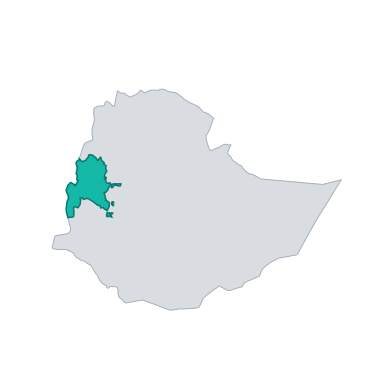 Benshangul-Gumaz highlighted on a map of Ethiopia, rotated 348°
{"feature_id": "ETH-3132", "entity_name": "Benshangul-Gumaz", "entity_type": "Administrative State", "adm_level": 1, "iso_a3": "ETH", "parent_name": "Ethiopia", "parent_adm1": "", "projection": "orthographic", "projection_center": [35.827, 10.412], "detail": "fine", "context": "in_parent", "style": "filled", "palette": "teal", "viewbox_px": 384, "rotation_deg": 348, "n_neighbors": 0, "source": "natural_earth", "source_scale": "10m", "svg_char_len": 8133}
<svg xmlns="http://www.w3.org/2000/svg" viewBox="0 0 384 384"><g transform="rotate(348 192 192)"><path d="M88.8,266.0L88.4,265.6L86.7,264.2L85.0,262.4L84.0,260.3L83.1,258.6L82.6,254.9L81.4,252.6L80.2,249.8L78.4,244.4L77.6,242.5L76.2,241.3L74.7,240.1L73.1,237.7L69.0,235.6L67.5,234.0L64.7,231.1L64.1,229.7L63.9,228.2L63.0,226.9L61.5,225.4L56.8,222.1L55.5,221.7L53.9,221.3L51.4,221.0L48.1,220.2L45.2,218.9L43.9,218.0L43.6,217.4L43.9,216.4L44.9,214.6L46.9,210.4L48.3,207.4L49.3,206.6L51.8,206.4L54.5,206.5L56.5,206.8L59.3,206.8L62.6,206.6L64.0,205.6L65.0,204.6L65.5,203.8L65.6,201.9L65.6,200.4L65.4,194.6L65.3,191.0L65.2,186.9L65.2,186.1L65.3,185.1L66.1,180.7L66.9,178.2L67.4,176.9L69.5,172.8L69.9,171.5L70.0,170.2L69.2,164.7L70.6,162.0L72.4,159.5L73.9,158.4L75.1,157.6L75.7,157.9L77.2,159.1L79.1,160.3L80.0,160.1L81.3,159.0L82.2,157.9L82.1,156.0L83.0,152.0L82.8,149.6L83.8,146.8L84.8,142.7L85.3,140.2L85.9,138.8L88.6,136.0L91.0,132.0L92.5,129.1L95.4,124.3L96.9,122.6L98.1,121.8L99.8,121.3L103.1,120.9L105.5,120.5L105.8,119.9L106.0,118.9L106.0,116.8L106.5,113.1L107.5,109.5L108.7,106.8L109.3,105.6L110.1,104.4L111.0,102.4L112.1,98.0L112.0,95.1L113.6,89.7L113.9,89.7L116.6,88.7L119.2,88.5L121.7,89.2L123.3,89.4L124.1,89.0L124.8,88.1L125.4,86.7L126.4,85.9L127.8,85.7L129.7,87.3L132.8,91.7L133.5,91.9L134.0,91.8L135.5,88.3L136.6,85.6L138.8,80.5L140.0,77.6L141.1,78.5L142.3,79.9L143.6,80.6L145.0,81.0L145.7,81.1L146.6,81.7L149.7,85.2L150.7,86.1L152.1,86.1L158.1,84.9L161.7,82.8L162.2,81.9L163.2,81.9L164.4,82.9L164.9,83.7L165.6,84.9L167.0,85.1L170.5,84.2L172.1,83.7L173.5,84.1L175.4,84.4L176.5,84.4L179.2,85.5L182.5,85.1L184.0,85.1L185.6,85.6L188.2,87.5L191.5,89.7L196.3,91.2L197.3,91.9L199.7,94.4L203.4,99.3L208.2,104.0L213.4,107.7L216.2,110.2L218.1,113.3L219.9,116.2L221.8,117.4L223.6,118.4L225.4,120.5L226.7,122.3L228.5,124.4L226.6,127.3L224.2,131.2L221.3,135.7L220.4,136.8L217.8,139.6L217.4,140.3L216.9,142.3L216.9,145.8L217.4,150.4L217.8,154.5L219.2,155.0L220.9,155.3L222.8,154.7L225.0,154.2L227.8,153.8L230.8,152.9L232.6,152.2L234.6,152.2L236.3,152.9L237.1,153.5L238.3,153.7L239.8,153.7L239.5,154.5L238.7,155.6L237.7,156.8L236.8,158.0L234.8,161.4L234.8,161.8L235.1,162.5L236.2,164.0L237.4,166.4L238.1,168.7L238.6,169.8L240.0,171.0L242.1,173.5L243.2,175.2L245.4,176.1L246.2,178.3L248.0,181.5L249.8,184.0L251.6,186.0L253.5,186.8L254.3,186.8L258.5,190.5L261.6,193.2L262.4,193.7L268.0,195.4L274.5,197.4L279.7,199.0L286.3,201.0L292.8,202.9L298.9,204.8L307.4,207.5L314.3,209.6L319.7,211.2L320.9,211.8L340.4,211.1L335.8,216.0L330.5,221.6L324.9,227.5L321.3,231.3L315.5,237.3L310.7,242.3L305.8,247.7L301.3,252.7L295.5,259.5L291.7,263.8L285.8,270.7L282.0,275.0L281.4,275.3L276.0,275.1L270.7,275.0L263.9,274.7L263.1,274.8L261.2,275.2L260.0,275.6L255.1,276.9L254.2,277.2L250.2,279.1L246.0,281.3L243.9,283.0L242.2,285.4L241.5,287.1L240.7,287.9L239.4,288.5L230.8,290.3L228.2,290.6L224.2,291.9L222.0,294.1L221.4,295.2L218.5,295.2L213.4,295.6L211.2,296.0L210.1,296.1L208.1,296.1L206.5,295.8L205.5,295.2L204.1,293.9L201.1,291.3L199.0,289.7L194.3,291.7L190.0,293.6L184.0,296.4L180.6,298.4L179.5,300.3L176.9,303.9L174.5,306.1L173.6,306.4L168.2,306.0L166.3,305.6L163.0,305.2L158.7,304.5L155.8,303.7L152.7,303.6L148.1,303.4L145.3,302.8L142.5,300.8L138.8,298.5L135.1,296.1L131.2,293.6L126.6,290.8L121.6,287.6L120.5,287.3L120.0,287.3L114.5,287.1L108.9,287.0L105.1,286.9L103.9,286.5L103.0,285.8L101.8,283.5L100.3,281.8L98.7,279.7L98.5,276.9L99.0,273.8L99.4,272.7L99.2,271.7L99.2,270.3L98.3,269.0L92.8,267.5L91.9,267.6L91.0,268.2L89.9,268.6L89.1,268.2L88.7,267.6L88.7,266.7L88.8,266.0Z" fill="#d9dde1" stroke="#a8b0b8" stroke-width="1"/><path d="M80.2,160.7L80.4,160.7L80.7,160.3L80.8,160.0L80.8,159.7L81.2,159.1L82.3,158.3L82.6,157.9L82.8,157.2L82.7,156.9L82.1,156.4L81.9,156.2L81.9,155.9L83.2,152.1L83.3,151.5L83.1,151.1L82.7,150.7L82.5,150.1L82.6,149.7L85.1,144.2L85.2,143.8L85.1,143.4L84.7,142.6L84.6,142.2L84.6,141.3L84.5,140.6L84.5,140.2L84.6,139.7L84.8,139.2L85.1,138.7L85.4,138.3L86.2,137.9L86.6,137.7L87.9,137.2L88.5,136.5L88.5,136.3L88.6,135.9L89.1,136.4L89.8,138.2L90.4,138.8L90.9,139.2L91.3,139.5L91.8,139.5L92.9,139.1L93.4,139.0L94.0,139.1L94.4,139.0L94.8,138.7L95.3,138.2L97.8,136.2L98.1,135.7L98.6,134.4L99.6,134.4L100.2,134.4L100.4,134.4L100.4,134.6L100.6,134.8L101.1,134.9L101.7,134.9L102.0,135.0L102.6,135.4L102.7,135.6L103.0,136.1L103.2,136.4L104.1,137.1L104.8,138.4L105.3,138.9L105.5,139.4L105.7,140.4L106.0,141.3L106.4,141.5L106.8,141.5L107.1,141.2L107.9,140.3L108.7,139.7L109.5,139.1L109.9,139.0L110.1,139.2L110.0,140.5L110.1,142.3L110.3,142.7L111.0,143.4L112.1,145.1L112.2,145.3L111.9,145.6L111.5,146.0L111.4,146.4L111.8,146.8L112.2,147.0L113.4,148.3L113.3,149.1L113.0,149.7L112.7,150.1L112.5,150.6L112.5,151.0L112.6,151.4L112.7,151.8L112.5,152.1L112.4,152.4L113.0,153.7L112.5,154.5L112.0,155.1L111.0,155.9L110.7,156.2L110.3,156.7L110.1,157.1L110.0,157.4L110.0,157.7L109.5,158.8L109.5,159.4L109.5,160.0L109.5,160.3L109.8,159.9L110.1,159.6L110.4,159.5L110.9,159.5L111.1,159.8L109.9,162.8L110.0,163.9L110.3,164.8L110.7,165.4L111.1,165.9L111.6,166.2L112.1,166.3L113.1,165.8L113.3,165.8L113.5,165.8L113.7,166.1L113.7,166.5L113.7,166.8L113.7,167.2L114.0,167.6L114.4,167.7L115.3,167.7L117.5,167.9L118.2,167.8L118.4,167.8L118.5,167.9L118.6,168.0L118.9,168.2L119.1,168.3L120.0,168.3L120.4,168.4L121.3,168.7L124.1,169.2L123.9,169.9L123.7,170.3L123.5,170.7L123.3,171.0L123.1,171.1L122.7,171.1L120.6,170.5L120.2,170.1L119.1,169.7L118.3,169.2L117.9,169.1L116.2,170.0L115.9,170.2L115.5,171.1L115.1,171.2L114.7,171.1L114.4,171.0L114.0,170.9L114.0,170.5L114.7,168.6L113.3,168.6L112.9,168.8L112.6,169.1L111.8,169.9L111.5,170.2L110.5,171.9L109.8,172.7L108.1,174.0L107.3,174.4L106.9,174.6L106.5,174.6L106.2,174.3L105.9,174.3L106.1,177.9L106.0,179.8L106.1,180.2L106.3,180.7L106.3,181.1L106.1,181.4L105.8,181.7L105.7,181.8L106.4,182.3L107.7,183.9L108.0,184.1L108.6,184.7L108.8,185.8L108.5,187.3L108.0,188.9L105.1,192.7L104.6,192.5L104.3,191.3L104.0,190.9L103.4,191.0L103.2,190.9L103.0,190.7L102.2,189.4L102.1,189.0L101.9,188.8L101.7,188.7L101.3,188.7L100.6,188.7L100.0,188.7L99.7,188.7L99.3,188.3L99.3,187.2L99.3,186.9L98.9,186.1L98.6,185.7L98.3,185.7L97.5,185.8L96.5,184.8L93.8,181.5L89.8,177.5L89.1,176.9L88.7,176.7L88.3,176.6L87.9,176.6L87.0,176.5L86.3,176.5L84.8,176.7L84.3,176.7L84.0,176.3L84.0,175.8L84.0,175.3L83.9,175.1L83.6,175.0L81.1,174.8L81.0,175.0L81.2,175.5L81.4,175.8L81.6,176.1L80.4,179.7L79.7,181.2L77.4,183.6L76.8,183.6L76.3,183.4L75.4,182.5L74.9,182.2L74.6,182.2L73.8,182.3L73.4,182.3L72.9,182.6L72.5,186.3L71.7,189.8L71.5,190.3L71.4,190.6L71.2,191.0L70.9,191.3L70.5,191.6L69.9,191.6L66.2,191.3L65.3,191.3L65.1,186.3L65.0,184.7L65.6,181.7L68.1,174.8L69.3,173.7L69.8,173.0L69.8,172.8L69.7,172.3L69.7,172.1L69.8,172.0L70.0,171.8L70.0,171.7L70.2,170.8L70.2,169.9L69.3,165.5L69.2,164.6L69.3,163.9L71.0,161.5L71.8,160.0L72.1,159.6L72.5,159.3L74.9,157.7L75.2,157.5L75.4,157.6L77.8,159.8L78.4,160.1L78.7,160.4L78.8,160.7L78.7,161.3L78.7,161.6L78.9,161.6L79.1,161.5L79.4,160.9L79.6,160.7L79.9,160.6L80.2,160.7ZM104.7,194.8L105.5,195.0L105.9,195.1L106.1,195.0L106.3,195.0L106.6,195.1L106.9,195.2L107.0,195.2L107.0,195.3L106.9,195.5L107.0,195.9L107.2,196.2L107.5,196.3L108.0,196.2L107.8,196.6L107.7,197.2L107.7,197.8L107.7,198.2L108.0,198.3L108.2,198.6L108.2,198.9L107.9,199.0L108.1,199.4L108.2,199.6L108.3,199.8L107.9,199.7L107.7,199.7L107.5,199.4L107.5,199.2L107.5,198.9L107.3,198.6L106.8,198.3L106.6,198.0L106.1,198.5L105.8,198.7L105.4,198.7L105.2,198.4L104.8,198.4L104.7,198.4L104.3,198.4L104.2,198.5L103.8,198.4L103.6,198.2L103.6,197.9L103.7,197.6L103.6,197.1L103.6,196.9L103.7,196.6L104.0,196.2L104.2,195.7L104.2,195.4L104.2,195.0L104.4,194.8L104.7,194.8ZM112.2,185.0L112.5,185.1L113.2,185.6L113.3,185.7L113.3,186.0L113.1,186.1L112.3,186.5L112.1,186.9L112.2,187.3L112.6,188.2L112.0,188.1L111.7,188.2L111.6,188.7L111.3,188.3L110.9,186.7L111.1,185.9L111.2,185.6L111.4,185.3L111.8,185.1L112.2,185.0ZM109.2,195.6L109.4,195.7L109.8,196.1L110.1,196.3L109.9,196.5L109.7,196.6L109.3,196.8L108.9,196.9L108.7,196.8L108.6,196.7L108.3,196.5L108.2,196.4L108.2,196.1L108.3,196.0L109.2,195.6Z" fill="#14b8a6" stroke="#0f766e" stroke-width="1.5"/></g></svg>